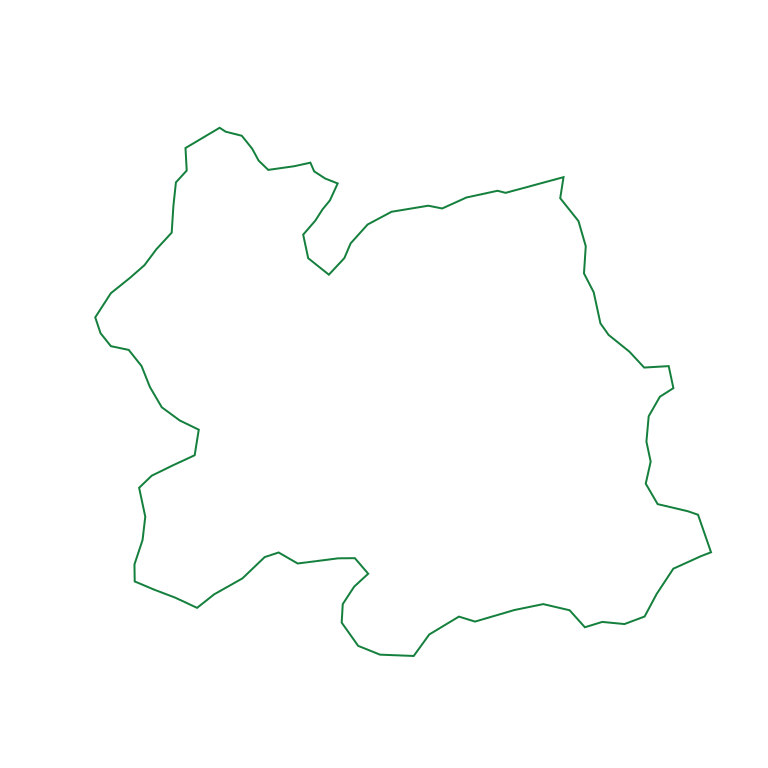 outline of Hultsfred, Kalmar, Sweden, rotated 258°
{"feature_id": "70781695B5554293763510", "entity_name": "Hultsfred", "entity_type": "district", "adm_level": 2, "iso_a3": "SWE", "parent_name": "Sweden", "parent_adm1": "Kalmar", "projection": "albers", "projection_center": [15.84, 57.428], "detail": "fine", "context": "isolated", "style": "outline", "palette": "green", "viewbox_px": 768, "rotation_deg": 258, "n_neighbors": 0, "source": "geoboundaries", "source_scale": "gbopen_adm2", "svg_char_len": 1424}
<svg xmlns="http://www.w3.org/2000/svg" viewBox="0 0 768 768"><g transform="rotate(258 384 384)"><path d="M549.0,602.6L545.7,542.7L549.4,535.2L549.3,503.5L543.6,477.4L549.2,464.4L550.9,427.1L543.4,401.1L528.5,380.6L515.4,371.4L502.4,352.8L522.8,336.0L546.9,336.0L558.1,350.8L567.5,360.1L574.9,369.3L589.8,380.4L597.2,369.2L606.5,359.9L615.8,358.0L615.7,341.3L617.5,315.3L628.6,307.8L641.5,304.0L656.4,296.5L663.7,281.6L668.8,276.5L656.1,238.9L633.8,235.4L624.5,222.4L602.2,215.1L576.2,207.8L563.1,189.3L550.1,174.5L540.8,157.9L529.6,135.7L509.2,115.4L492.6,117.3L477.8,124.7L470.4,141.4L451.9,150.6L429.7,154.4L407.4,161.8L390.8,176.6L377.8,193.3L353.7,184.0L348.2,160.0L342.6,137.7L333.4,122.9L303.8,122.9L281.6,115.4L259.4,102.4L242.7,99.1L230.1,117.2L218.6,135.1L204.6,153.7L203.9,154.6L213.6,174.2L223.3,205.1L239.5,231.3L241.1,245.9L226.4,262.2L223.0,303.0L219.7,319.3L201.7,329.1L192.0,312.7L177.3,297.9L159.4,293.0L133.2,304.3L120.1,323.8L111.8,356.5L129.6,376.2L140.9,408.9L132.7,423.6L135.8,464.5L135.6,494.0L124.1,518.5L104.3,529.9L105.9,548.0L99.2,569.3L102.4,590.6L122.0,607.1L143.2,628.6L149.7,658.2L151.4,668.9L190.8,664.0L196.4,654.7L209.6,626.7L232.1,619.3L252.6,628.7L273.1,628.7L297.4,636.2L314.2,651.2L319.8,666.2L342.3,666.2L346.0,641.9L364.7,630.7L385.3,613.9L398.3,608.3L430.1,608.2L450.6,602.6L476.8,610.0L502.9,608.1L529.1,595.0L549.0,602.6Z" fill="none" stroke="#15803d" stroke-width="2"/></g></svg>